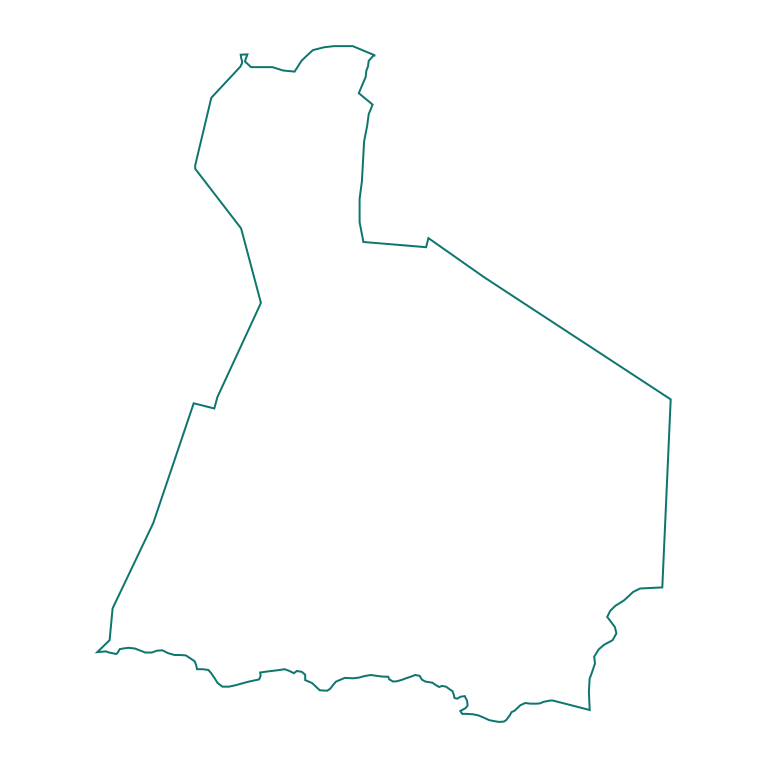 outline of Tampin, Negeri Sembilan, Malaysia, rotated 90°
{"feature_id": "92858781B76684976870525", "entity_name": "Tampin", "entity_type": "district", "adm_level": 2, "iso_a3": "MYS", "parent_name": "Malaysia", "parent_adm1": "Negeri Sembilan", "projection": "equal_earth", "projection_center": [102.507, 2.55], "detail": "fine", "context": "isolated", "style": "outline", "palette": "teal", "viewbox_px": 768, "rotation_deg": 90, "n_neighbors": 0, "source": "geoboundaries", "source_scale": "gbopen_adm2", "svg_char_len": 2259}
<svg xmlns="http://www.w3.org/2000/svg" viewBox="0 0 768 768"><g transform="rotate(90 384 384)"><path d="M277.3,283.8L238.1,339.6L247.2,341.9L242.0,404.6L222.2,408.4L211.9,408.4L198.9,408.4L181.3,406.1L141.5,403.9L125.6,400.8L114.2,399.3L104.6,395.4L93.2,409.2L76.8,402.3L70.5,401.6L66.5,400.0L60.9,399.3L55.7,394.7L55.5,392.8L46.1,415.3L46.1,423.0L46.1,433.7L47.2,443.6L50.1,455.1L55.7,461.2L60.8,466.5L71.6,473.4L70.5,484.9L67.1,495.6L67.1,507.8L67.1,517.0L61.4,523.1L54.4,520.6L54.7,527.3L57.6,526.9L59.2,526.5L61.0,525.9L63.7,526.1L64.9,526.9L66.5,527.5L97.8,556.7L165.4,572.8L168.8,572.8L228.4,526.9L302.8,507.1L306.9,508.9L397.1,550.6L408.5,553.7L403.3,574.3L523.2,614.8L608.4,655.4L640.2,658.4L652.1,670.7L651.4,662.0L652.5,659.0L654.0,651.7L652.5,650.2L649.2,648.3L648.5,644.8L647.8,639.5L648.5,633.1L650.0,629.2L652.5,622.8L652.5,616.0L650.7,611.1L650.3,605.7L653.2,599.8L655.0,593.5L655.0,588.1L655.4,582.2L657.6,578.8L661.2,573.4L664.9,571.9L669.2,571.0L669.2,565.6L669.9,559.7L673.2,556.8L679.0,552.9L683.0,550.4L686.7,545.5L686.7,539.2L685.2,532.3L682.8,523.7L681.6,519.1L679.4,508.8L675.8,507.4L672.5,507.8L671.4,500.0L670.3,490.7L669.2,483.4L671.0,478.5L673.2,474.1L671.0,471.2L671.8,466.3L674.7,462.8L676.9,462.8L680.1,462.8L683.0,456.0L690.3,448.2L690.7,440.8L688.8,437.9L684.5,434.5L681.6,432.0L677.9,423.2L678.3,414.9L677.6,409.0L676.1,403.6L675.0,397.3L676.5,386.5L676.8,379.7L679.4,378.7L681.6,374.8L681.2,370.9L679.8,366.0L678.3,362.1L676.5,356.7L675.0,352.8L675.8,348.4L679.8,345.9L681.6,342.5L682.7,335.6L684.8,332.7L687.0,328.8L685.9,325.9L686.7,321.9L689.9,317.5L691.0,315.6L695.0,314.1L697.9,313.6L698.7,310.7L696.8,307.7L696.1,303.3L700.8,300.9L705.6,300.4L708.1,302.4L711.0,307.7L713.9,305.8L713.9,300.9L714.3,295.0L715.4,289.6L717.6,284.3L720.1,278.9L721.2,273.5L721.9,269.1L721.6,264.2L720.1,261.8L715.4,258.3L712.1,256.4L710.7,253.4L705.2,247.6L703.0,242.7L703.7,237.3L703.7,232.4L703.4,228.0L701.9,224.6L700.5,217.7L700.5,215.3L710.0,178.3L691.9,179.1L678.8,178.4L672.6,176.1L663.5,173.0L656.7,173.8L649.3,169.2L644.7,163.8L640.2,155.4L633.4,151.6L627.1,153.1L616.9,160.8L610.7,157.7L605.6,152.4L600.4,144.0L591.9,134.8L588.5,127.9L587.4,105.7L399.4,97.3L277.3,283.8Z" fill="none" stroke="#0f766e" stroke-width="2"/></g></svg>